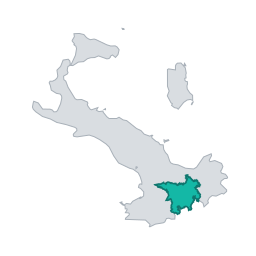 location of Lombardia, Bergamo, Italy, rotated 172°
{"feature_id": "23120603B71310509030930", "entity_name": "Lombardia", "entity_type": "district", "adm_level": 2, "iso_a3": "ITA", "parent_name": "Italy", "parent_adm1": "Bergamo", "projection": "natural_earth1", "projection_center": [9.792, 45.657], "detail": "fine", "context": "in_parent", "style": "filled", "palette": "teal", "viewbox_px": 256, "rotation_deg": 172, "n_neighbors": 0, "source": "geoboundaries", "source_scale": "gbopen_adm2", "svg_char_len": 8454}
<svg xmlns="http://www.w3.org/2000/svg" viewBox="0 0 256 256"><g transform="rotate(172 128 128)"><path d="M42.5,49.3L44.1,50.2L50.3,48.3L54.1,49.4L57.2,47.6L59.2,44.8L58.8,42.7L63.7,39.3L64.2,43.2L67.0,45.8L69.7,46.4L69.1,48.0L71.7,51.1L72.8,50.8L73.1,50.3L72.5,47.6L76.2,42.4L76.4,38.8L77.0,38.4L78.9,38.6L80.4,42.0L86.6,40.9L88.7,43.5L89.7,43.0L88.1,38.6L88.8,36.4L90.5,36.0L91.6,37.0L94.0,37.3L94.1,36.0L93.5,35.1L94.3,31.3L97.9,31.7L100.0,33.0L102.5,33.0L104.6,29.9L106.2,29.2L114.2,29.0L120.1,27.1L120.6,27.5L119.6,29.0L119.9,29.9L123.5,34.4L143.3,37.9L143.0,39.0L138.9,41.8L138.6,42.9L139.2,43.8L142.4,44.5L140.3,47.1L140.3,48.1L142.0,48.3L141.8,51.5L143.9,52.5L146.3,55.3L143.9,55.8L144.9,55.0L142.5,52.3L140.0,53.5L136.1,52.3L133.5,54.8L124.4,58.1L126.0,56.6L125.3,56.6L122.0,58.5L121.3,62.5L123.9,66.3L125.9,67.7L125.0,70.1L123.8,71.0L122.2,70.3L121.8,72.5L122.7,78.1L124.1,82.1L128.7,86.5L132.0,87.9L142.2,94.7L146.0,102.3L149.3,111.8L152.0,115.3L157.6,120.4L162.7,124.1L167.4,126.4L179.6,126.3L182.8,127.2L183.2,128.8L182.6,129.9L179.0,132.5L178.9,134.6L180.6,136.1L189.1,140.1L197.7,143.4L203.6,147.7L211.1,151.3L217.1,156.9L219.2,159.8L219.7,162.0L218.4,166.0L217.6,167.6L213.4,165.3L209.9,158.6L202.6,157.5L200.4,156.3L199.2,154.3L196.8,154.1L195.3,155.2L191.4,161.4L189.4,166.8L189.3,169.0L190.5,171.1L194.1,172.3L198.7,176.2L199.0,180.9L199.8,183.7L198.7,185.2L196.4,184.8L193.3,185.8L191.2,187.5L190.3,189.2L190.3,195.2L186.2,198.3L182.8,204.3L177.6,204.4L176.3,202.5L176.2,199.7L177.1,198.0L179.0,197.2L180.2,193.7L179.7,191.2L180.5,190.0L184.6,188.3L184.8,184.8L183.1,183.1L181.7,176.7L176.3,164.3L174.6,163.1L170.0,162.7L164.6,159.4L164.3,158.1L165.1,156.7L164.5,154.9L162.8,151.8L161.6,151.1L155.0,152.4L156.8,149.9L154.5,148.3L150.4,148.3L150.4,147.1L147.4,142.1L145.4,140.0L137.9,139.0L135.4,139.9L131.7,136.7L128.3,135.5L119.6,126.3L115.5,123.6L112.8,119.6L107.6,116.9L105.2,117.6L104.6,117.1L105.8,116.3L105.6,114.8L102.0,110.8L99.9,109.6L98.5,107.0L95.5,106.4L95.6,101.8L94.4,98.6L92.5,95.8L91.3,89.3L90.4,87.4L88.3,86.0L83.5,84.5L76.7,80.2L68.7,78.3L65.5,79.7L57.1,88.8L49.2,90.9L49.1,89.0L52.1,84.8L51.5,83.2L46.6,83.7L40.3,79.9L39.4,76.6L41.3,73.3L42.3,72.6L41.8,70.4L37.9,68.6L36.4,65.8L36.3,64.8L37.3,64.3L39.6,64.5L43.2,62.5L44.2,59.8L38.9,52.9L39.2,51.4L42.5,49.3ZM125.6,88.3L125.8,86.6L124.2,87.7L124.7,88.5L125.6,88.3ZM176.0,197.9L169.9,207.4L167.9,213.8L168.2,216.2L170.0,218.0L169.2,218.6L171.1,221.7L171.1,222.5L168.4,225.9L168.4,228.9L163.1,228.4L158.7,226.7L156.5,223.3L154.8,221.8L153.0,220.7L149.2,220.8L147.6,220.1L137.5,213.4L133.7,211.6L129.2,211.1L127.4,209.6L125.9,206.7L127.7,202.1L130.6,199.6L133.2,202.5L135.5,201.5L135.6,200.6L137.2,199.4L139.3,199.4L147.2,203.5L151.2,202.4L155.0,202.8L158.4,202.3L162.8,199.9L168.0,200.2L173.9,197.5L176.0,197.9ZM81.9,146.9L84.6,154.4L82.1,158.9L83.1,163.8L80.8,180.4L79.6,180.9L72.9,178.9L72.4,182.8L71.5,184.3L70.1,185.3L66.5,185.0L62.9,179.6L62.7,174.2L63.4,172.6L63.5,169.5L64.9,169.3L65.0,167.2L64.2,166.1L62.8,165.7L62.9,163.4L63.8,161.5L63.9,158.4L62.0,154.3L59.5,151.4L60.1,146.3L62.2,147.6L65.5,147.5L69.3,145.6L75.7,139.6L76.5,140.7L79.2,141.7L81.7,144.3L80.7,145.9L81.9,146.9ZM93.7,108.5L94.2,109.7L94.0,111.3L92.7,110.4L89.6,110.8L89.3,109.9L93.1,109.2L93.7,108.5ZM63.9,182.3L63.0,184.2L62.0,181.7L62.1,181.4L63.9,182.3ZM62.0,142.6L60.5,144.7L59.8,144.7L61.6,142.2L62.0,142.6ZM120.0,227.5L118.3,227.0L118.2,226.1L119.6,226.3L120.0,227.5ZM149.1,149.7L147.6,150.3L147.7,149.2L149.1,149.7Z" fill="#d9dde1" stroke="#a8b0b8" stroke-width="1"/><path d="M75.4,73.2L76.0,73.2L75.9,72.9L75.9,72.6L76.3,73.3L77.3,73.1L77.0,72.8L77.4,72.2L76.7,71.8L76.7,71.6L77.2,71.3L77.2,71.0L77.9,70.5L77.6,70.2L77.5,69.6L76.8,69.4L76.8,69.2L76.6,69.1L76.8,68.6L76.7,68.4L77.2,68.2L77.6,67.2L77.9,67.1L78.1,66.7L78.0,66.1L78.4,65.7L78.6,65.7L79.0,65.5L79.0,65.3L79.9,65.1L80.5,65.6L80.7,65.3L80.5,64.8L80.7,64.6L81.0,65.1L81.3,65.2L81.7,65.0L81.8,64.5L82.1,64.9L82.0,65.5L82.6,65.6L83.2,66.0L83.7,65.6L83.7,65.0L83.9,65.0L84.2,65.4L84.7,65.6L84.8,66.1L85.0,65.9L85.1,65.3L85.4,65.3L85.7,65.7L86.0,65.6L86.0,65.3L85.7,64.9L85.7,64.7L86.4,64.5L86.3,65.2L87.3,64.5L88.0,65.3L87.9,65.7L88.3,66.0L88.3,66.3L88.8,66.2L88.9,66.6L89.2,66.7L89.9,66.3L90.4,66.6L90.8,66.5L91.4,66.8L91.7,67.2L92.2,67.1L92.2,67.4L93.0,67.8L93.7,67.4L94.2,68.2L95.5,68.8L96.2,68.9L97.1,68.6L98.0,67.4L98.1,67.8L98.6,67.3L98.8,67.5L98.9,68.1L100.2,68.4L100.5,68.6L100.9,68.7L101.2,68.6L101.1,68.8L101.5,68.6L101.9,68.6L102.7,68.0L103.7,68.1L103.9,67.8L104.6,68.0L105.1,68.4L106.5,68.0L106.9,68.3L107.1,68.0L107.3,67.8L108.2,68.1L108.5,67.9L108.9,68.1L109.3,68.1L109.1,67.8L107.9,67.3L107.4,66.9L106.9,66.8L106.8,66.5L106.9,66.3L106.8,66.0L106.4,66.3L105.8,66.0L105.4,66.0L105.4,65.7L105.6,65.5L105.4,65.4L105.4,65.2L105.8,65.0L105.0,64.7L104.7,65.1L104.3,64.9L104.2,65.1L104.2,65.3L103.9,65.2L103.2,64.7L103.5,64.2L103.2,64.2L102.7,64.2L102.7,63.5L102.5,63.3L101.7,63.0L101.8,62.6L100.4,62.2L100.2,61.6L99.4,61.0L98.7,61.6L98.6,61.0L98.3,61.0L98.4,60.7L98.0,60.5L98.0,60.3L98.4,60.0L98.1,59.8L98.4,59.5L98.4,59.1L97.6,58.9L97.5,59.1L97.3,59.1L97.4,58.6L97.0,58.7L97.4,58.5L97.1,55.4L98.2,54.1L100.3,51.1L99.5,51.1L99.3,50.9L99.0,51.1L98.7,50.9L98.3,51.0L98.1,50.9L97.8,51.1L97.4,51.1L97.5,51.3L97.3,51.7L96.8,51.6L95.9,52.0L95.6,52.0L95.6,51.7L95.8,51.4L95.1,51.1L95.2,50.3L95.0,50.0L95.3,49.4L94.9,48.9L94.9,48.4L94.4,48.3L94.4,48.1L94.5,47.7L94.9,47.4L94.8,46.8L95.7,45.9L95.9,45.5L95.8,45.1L96.1,44.7L95.7,44.2L96.1,43.6L96.1,43.4L96.4,43.2L96.2,42.6L96.0,42.4L96.3,42.1L96.1,41.9L96.1,41.6L95.3,41.3L95.4,41.1L95.7,41.1L95.7,40.9L96.1,40.6L96.7,40.6L97.1,40.2L96.8,39.9L96.9,39.3L96.6,38.9L95.8,38.4L94.7,38.4L94.4,38.1L94.4,37.7L93.9,37.3L93.5,37.4L92.8,37.2L92.6,37.5L92.4,37.3L92.0,37.3L91.8,36.9L91.2,36.8L91.2,36.5L91.4,36.2L91.1,35.7L90.7,36.0L90.4,35.9L89.5,36.3L89.1,36.2L89.1,36.7L88.7,36.9L88.8,37.1L88.2,37.5L88.3,37.9L88.2,38.1L88.3,38.3L88.2,38.7L88.3,39.0L88.1,39.3L88.7,39.8L89.5,39.6L90.0,40.0L90.0,40.4L89.5,40.6L89.5,40.9L89.2,41.1L89.1,41.5L89.3,41.9L89.9,42.3L90.2,42.9L89.5,43.6L89.0,43.5L88.6,43.7L88.2,43.5L88.4,43.1L88.4,42.8L87.5,42.4L87.5,41.9L87.2,41.7L87.5,41.1L87.0,40.9L86.9,40.6L86.4,40.9L86.1,40.6L85.6,40.9L85.0,40.9L84.2,41.5L83.6,41.2L83.3,41.3L83.4,41.5L83.4,41.9L83.2,42.3L82.8,42.2L82.6,42.1L82.1,42.4L81.8,42.4L80.6,42.0L80.2,41.5L79.9,40.9L79.4,40.7L79.5,40.4L79.3,39.8L79.4,38.9L79.4,38.7L79.2,38.6L79.4,38.6L79.4,38.1L79.0,38.3L78.6,38.9L78.1,38.6L78.1,38.2L77.9,38.1L76.7,38.4L76.6,38.6L76.6,39.0L76.2,39.3L76.2,39.5L76.7,40.0L76.6,40.3L76.7,40.5L76.6,40.8L76.9,41.1L76.8,41.5L77.0,41.6L76.7,41.9L76.7,42.2L76.2,42.8L76.2,43.4L75.8,43.5L75.7,43.8L75.3,44.4L75.2,44.6L74.8,44.6L74.2,45.3L73.5,45.6L73.8,46.2L73.6,46.6L72.7,46.9L72.5,47.2L72.8,48.0L72.2,48.4L72.6,48.6L72.7,49.3L73.3,49.4L73.6,49.6L73.6,49.8L73.2,50.3L72.9,51.3L72.7,51.4L72.3,51.3L72.4,51.1L71.9,51.1L71.7,50.9L71.1,51.1L71.2,50.8L71.6,50.4L71.4,50.4L71.3,49.7L70.8,49.2L70.8,48.7L70.4,48.6L69.9,48.1L69.2,48.1L69.5,47.5L69.8,47.3L69.9,47.0L70.1,46.9L70.2,46.7L70.2,46.4L69.5,45.9L69.1,46.1L68.8,45.9L68.5,45.5L68.0,46.1L68.3,47.5L65.9,49.8L66.3,51.1L66.1,51.5L65.7,51.7L65.6,52.1L66.3,53.1L67.0,53.2L67.1,53.4L66.9,54.1L67.6,54.1L67.4,54.4L67.7,54.9L67.2,54.8L67.3,55.1L67.6,55.2L67.9,55.6L67.9,55.8L67.7,56.0L67.9,56.2L68.1,56.9L68.0,57.1L68.3,57.4L69.2,57.8L69.2,58.2L69.5,58.5L69.5,58.8L70.0,59.5L69.5,59.6L69.4,59.8L68.8,59.6L68.7,59.9L68.1,59.8L68.1,60.0L68.8,60.4L68.5,60.7L68.2,60.6L68.1,61.3L67.7,61.5L67.3,61.5L67.1,60.8L66.8,60.6L66.8,60.4L66.6,60.2L66.0,60.4L65.6,60.2L65.6,60.3L65.2,60.5L65.4,61.0L65.0,61.1L64.7,61.5L65.0,61.5L65.0,61.8L65.3,61.8L65.3,62.1L65.3,62.3L65.1,62.2L65.2,62.4L65.6,62.5L65.2,62.5L65.4,62.6L65.1,62.8L65.5,63.2L65.1,63.3L65.5,63.4L65.9,63.1L66.0,63.2L65.6,63.4L65.4,63.8L65.6,63.9L65.6,64.1L66.0,64.2L66.2,64.6L66.5,64.7L66.4,65.1L67.0,65.7L66.8,65.8L67.0,66.1L66.8,66.3L67.1,66.4L67.2,66.8L67.4,66.6L67.7,66.7L67.9,66.4L68.2,66.7L68.6,66.7L68.5,66.9L68.8,66.9L68.9,67.0L69.0,66.7L69.3,66.7L69.3,66.4L69.5,66.5L69.4,66.4L69.7,66.4L69.7,66.2L69.7,66.3L70.0,66.3L70.0,66.1L70.3,66.2L70.6,66.0L70.8,66.2L70.8,67.0L71.1,67.4L71.7,67.4L72.1,68.0L71.9,68.2L72.2,68.5L72.3,68.9L72.8,69.3L73.2,69.3L73.4,69.7L73.1,70.0L73.4,70.4L73.4,70.6L73.8,70.6L74.0,70.9L74.8,70.7L74.7,70.8L75.0,71.0L74.9,71.5L75.6,71.9L75.4,73.2ZM72.0,48.2L71.9,48.2L71.8,48.6L72.0,48.6L72.0,48.2ZM67.8,66.8L67.9,66.6L67.8,66.8Z" fill="#14b8a6" stroke="#0f766e" stroke-width="1.5"/></g></svg>